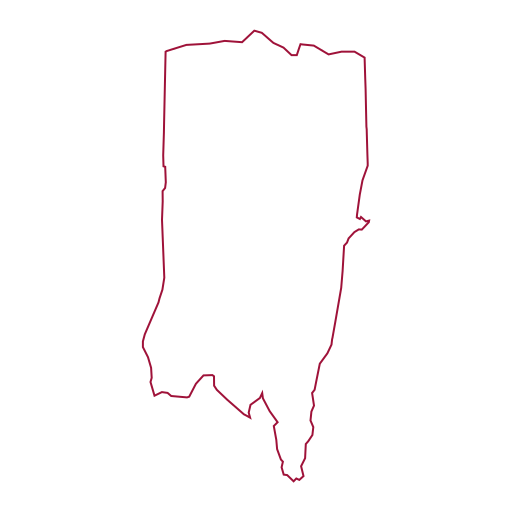 the district of Vega Baja, Puerto Rico
{"feature_id": "32010507B42725289573863", "entity_name": "Vega Baja", "entity_type": "district", "adm_level": 2, "iso_a3": "PRI", "parent_name": "Puerto Rico", "parent_adm1": "", "projection": "equal_earth", "projection_center": [-66.393, 18.418], "detail": "fine", "context": "isolated", "style": "outline", "palette": "rose", "viewbox_px": 512, "rotation_deg": 0, "n_neighbors": 0, "source": "geoboundaries", "source_scale": "gbopen_adm2", "svg_char_len": 1699}
<svg xmlns="http://www.w3.org/2000/svg" viewBox="0 0 512 512"><path d="M364.6,57.6L354.6,51.7L341.4,51.7L328.6,54.4L325.2,52.4L313.8,45.6L302.8,44.5L300.5,44.2L299.3,47.6L296.8,55.1L296.2,55.1L291.5,55.1L283.5,47.6L277.3,44.7L277.0,44.6L273.4,42.9L271.3,41.1L261.8,32.8L261.1,32.6L258.6,31.9L255.5,31.0L254.3,30.7L242.5,41.8L242.1,42.2L226.1,41.0L224.6,40.9L213.6,42.9L209.7,43.6L190.1,44.7L186.4,44.9L177.7,47.6L166.8,51.0L165.6,51.7L164.1,122.0L163.9,132.8L163.2,155.3L163.5,166.3L165.2,166.8L165.8,182.3L165.1,188.0L162.6,191.1L162.7,201.6L162.0,219.8L164.3,277.7L162.4,289.7L159.5,298.4L158.5,302.4L144.8,334.3L142.9,341.4L142.9,347.1L148.0,357.2L151.1,367.8L151.7,377.8L150.5,382.0L154.5,395.7L161.9,392.1L167.6,392.9L171.2,396.0L187.0,397.4L189.2,396.7L195.9,383.8L198.3,381.1L203.5,375.4L212.4,375.1L214.0,376.3L214.1,385.7L216.8,389.8L227.2,399.7L243.9,414.3L246.6,415.7L250.1,417.7L248.7,412.6L250.5,404.8L259.9,398.0L262.2,393.1L262.9,398.3L269.7,411.2L277.6,422.2L273.8,426.0L276.3,439.9L277.1,449.1L280.9,459.5L282.9,461.7L281.6,467.3L283.7,474.6L287.2,475.1L293.6,481.3L296.3,478.5L299.3,479.9L303.5,476.1L301.1,466.2L305.1,458.2L305.8,444.0L308.2,441.3L312.4,435.0L313.3,427.1L310.5,420.5L311.4,411.6L314.0,405.6L312.1,393.0L314.6,389.8L316.1,382.1L319.8,363.7L327.4,353.3L331.5,344.6L332.1,339.3L332.5,337.7L335.2,322.5L341.2,287.9L342.6,271.1L344.1,245.7L347.0,242.6L348.6,238.4L354.4,232.1L358.8,229.4L361.8,229.6L368.8,222.2L369.1,220.6L366.0,221.4L361.0,217.0L359.9,219.0L356.8,217.4L357.0,214.8L359.8,194.5L362.5,180.3L367.7,165.7L367.7,163.2L367.4,154.5L366.8,133.5L366.7,129.3L366.4,126.7L365.6,89.0L365.2,77.6L364.6,57.6Z" fill="none" stroke="#9f1239" stroke-width="2"/></svg>